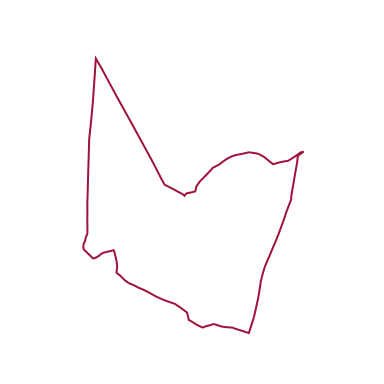 outline of Tikrit, Sala ad-Din, Iraq, rotated 79°
{"feature_id": "34846034B31147654733032", "entity_name": "Tikrit", "entity_type": "district", "adm_level": 2, "iso_a3": "IRQ", "parent_name": "Iraq", "parent_adm1": "Sala ad-Din", "projection": "orthographic", "projection_center": [43.738, 34.759], "detail": "fine", "context": "isolated", "style": "outline", "palette": "rose", "viewbox_px": 384, "rotation_deg": 79, "n_neighbors": 0, "source": "geoboundaries", "source_scale": "gbopen_adm2", "svg_char_len": 1694}
<svg xmlns="http://www.w3.org/2000/svg" viewBox="0 0 384 384"><g transform="rotate(79 192 192)"><path d="M341.3,163.1L329.1,156.4L325.4,154.5L308.6,147.2L297.9,143.2L292.9,141.6L284.2,137.4L279.4,134.8L273.3,130.8L269.2,127.9L260.7,122.3L256.5,119.4L250.0,115.2L243.9,111.5L242.0,110.4L236.3,106.9L229.6,103.2L218.3,96.1L215.5,95.5L212.0,94.2L197.2,88.6L189.6,85.7L183.5,83.3L176.6,81.2L173.7,74.7L173.9,78.0L175.0,80.2L177.8,86.6L179.7,91.6L179.5,98.5L180.2,107.1L176.3,110.4L171.2,114.7L167.6,119.0L166.6,120.9L164.1,127.8L163.9,129.6L164.1,133.9L164.1,139.0L164.1,142.7L164.6,146.0L165.8,150.5L167.4,154.4L170.1,159.8L172.3,167.1L174.1,169.3L183.5,182.7L186.0,185.2L187.7,186.8L192.0,188.7L192.3,193.0L192.3,197.8L194.3,200.1L192.5,201.4L182.4,213.9L179.7,217.4L177.8,218.1L174.2,219.3L163.0,222.5L152.9,225.5L114.5,237.7L83.8,247.7L53.0,257.3L42.7,260.9L50.8,263.1L55.1,264.2L86.5,272.6L103.4,277.6L120.4,282.8L138.2,286.8L147.4,288.9L161.3,292.0L174.8,295.0L183.5,297.0L190.6,298.3L197.9,299.8L207.7,301.6L212.7,302.6L216.9,305.2L219.6,306.3L222.6,308.5L224.8,309.1L227.6,309.3L236.5,303.1L238.1,302.1L238.5,300.5L237.2,296.2L235.3,292.6L234.7,290.2L234.4,283.9L234.2,280.0L236.3,279.6L241.3,279.4L245.6,279.2L250.6,279.6L252.7,280.3L256.8,281.5L260.3,278.5L265.8,274.8L268.3,272.5L269.9,270.7L272.4,266.9L275.9,262.5L278.1,259.1L281.8,254.3L285.2,250.2L287.8,247.2L292.2,240.9L294.2,237.7L297.4,232.1L298.6,230.1L302.3,226.4L309.2,220.0L313.3,219.7L317.0,219.5L318.4,217.8L323.7,212.1L327.1,207.4L326.4,203.7L326.2,200.3L325.8,197.0L325.8,196.2L326.7,193.8L327.9,191.9L329.7,188.6L331.1,184.7L332.8,178.2L334.3,175.9L341.3,163.1Z" fill="none" stroke="#9f1239" stroke-width="2"/></g></svg>